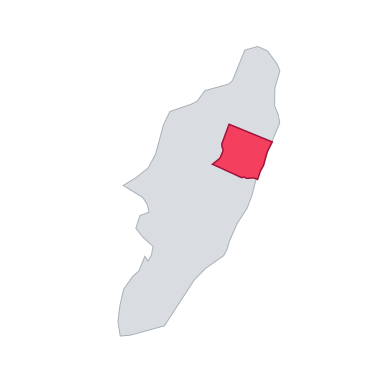 Trelawny on a map of Jamaica (Robinson projection), rotated 104°
{"feature_id": "JAM-1375", "entity_name": "Trelawny", "entity_type": "Parish", "adm_level": 1, "iso_a3": "JAM", "parent_name": "Jamaica", "parent_adm1": "", "projection": "robinson", "projection_center": [-77.552, 18.351], "detail": "fine", "context": "in_parent", "style": "filled", "palette": "rose", "viewbox_px": 384, "rotation_deg": 104, "n_neighbors": 0, "source": "natural_earth", "source_scale": "10m", "svg_char_len": 1170}
<svg xmlns="http://www.w3.org/2000/svg" viewBox="0 0 384 384"><g transform="rotate(104 192 192)"><path d="M193.9,134.5L211.9,140.6L230.5,143.8L238.5,144.0L246.1,145.9L263.0,160.5L276.7,168.5L328.5,186.4L345.8,217.1L349.1,226.8L335.7,232.5L318.9,234.5L302.8,234.8L287.9,228.9L281.4,224.4L265.9,222.2L269.7,218.1L262.9,216.1L254.2,216.6L247.9,228.4L240.8,237.7L227.3,236.8L222.1,228.8L214.9,232.4L209.2,238.4L202.3,260.4L191.3,249.5L179.2,240.3L164.1,236.5L133.6,235.9L119.2,232.9L107.2,214.2L102.5,208.9L90.5,204.0L78.4,182.6L74.1,179.7L41.6,175.1L34.9,163.4L36.9,152.8L47.8,139.8L53.1,136.1L71.1,136.7L88.3,132.8L95.8,127.2L103.7,123.6L165.9,132.9L180.3,133.0L193.9,134.5Z" fill="#d9dde1" stroke="#a8b0b8" stroke-width="1"/><path d="M124.0,126.2L134.5,128.7L148.9,129.0L155.2,130.7L163.9,131.4L163.8,131.7L163.5,135.1L163.6,136.5L165.3,141.3L165.4,142.5L165.3,143.5L164.9,144.6L164.9,145.2L165.1,145.7L165.9,146.7L166.0,147.5L165.9,148.3L160.1,178.9L153.5,173.8L151.4,172.8L150.9,172.8L145.3,171.9L144.4,171.9L143.6,172.1L142.5,172.7L140.9,173.8L140.0,174.1L138.1,174.7L117.3,172.4L124.0,126.5L124.0,126.2Z" fill="#f43f5e" stroke="#9f1239" stroke-width="1.5"/></g></svg>